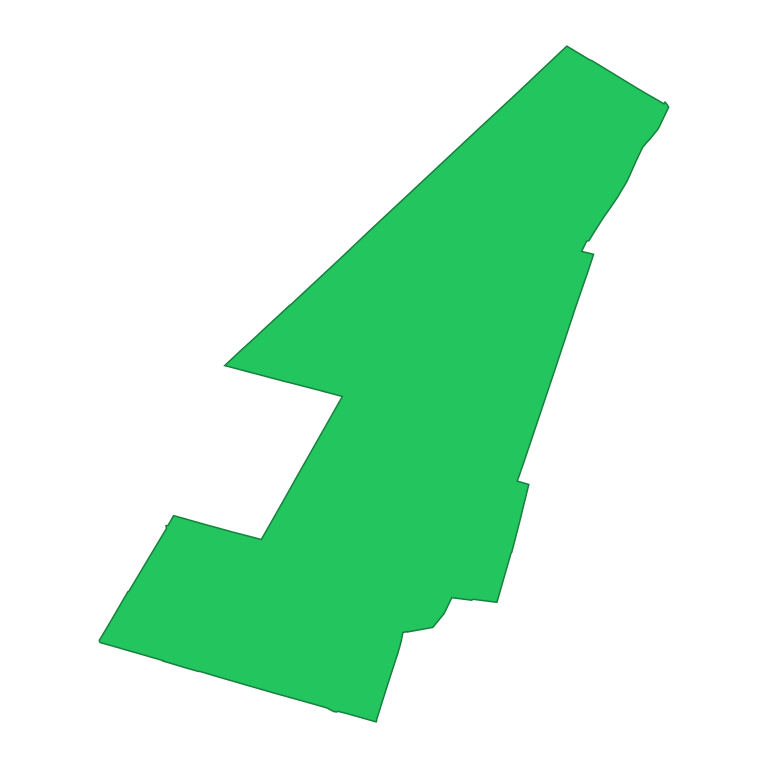 Tufesti, Braila, Romania (Natural Earth projection)
{"feature_id": "2599482B7504990090207", "entity_name": "Tufesti", "entity_type": "district", "adm_level": 2, "iso_a3": "ROU", "parent_name": "Romania", "parent_adm1": "Braila", "projection": "natural_earth1", "projection_center": [27.783, 44.998], "detail": "fine", "context": "isolated", "style": "filled", "palette": "green", "viewbox_px": 768, "rotation_deg": 0, "n_neighbors": 0, "source": "geoboundaries", "source_scale": "gbopen_adm2", "svg_char_len": 2071}
<svg xmlns="http://www.w3.org/2000/svg" viewBox="0 0 768 768"><path d="M100.1,639.0L99.8,639.4L99.5,639.9L99.3,640.8L99.5,641.6L99.9,642.3L100.9,642.8L103.5,643.5L106.7,644.4L131.8,651.6L142.0,654.5L152.6,657.6L163.2,660.6L163.0,661.1L185.9,667.9L197.8,671.3L200.8,671.7L219.5,677.3L248.1,685.6L275.9,693.6L281.0,695.0L313.2,704.0L326.4,707.8L327.6,708.3L329.5,709.4L333.9,711.6L335.0,711.7L336.4,712.0L338.1,711.4L345.0,713.1L376.2,721.9L376.7,720.7L376.5,720.1L383.2,698.7L389.1,680.1L390.8,674.9L396.1,658.5L397.8,653.5L400.3,644.7L401.3,640.9L402.9,632.5L407.2,631.6L407.3,632.0L432.8,627.4L444.1,613.6L451.8,597.7L471.7,600.2L472.3,599.8L473.1,599.3L496.9,602.3L497.0,602.1L511.0,553.3L511.7,552.5L520.1,520.0L523.1,507.6L528.8,484.5L517.3,481.1L518.4,477.8L519.3,475.5L520.8,470.9L523.1,464.5L537.0,423.2L547.3,392.5L553.8,373.2L576.3,305.2L582.2,288.1L588.2,270.9L589.5,266.9L593.6,254.3L592.9,254.1L590.5,253.5L585.3,252.3L581.6,251.4L584.4,245.7L586.6,241.2L588.9,240.7L589.1,240.4L593.3,233.5L602.0,219.8L604.5,216.1L609.5,209.0L614.6,201.6L617.5,197.3L617.9,196.7L619.7,193.6L622.9,188.2L625.4,184.1L626.5,182.1L627.4,180.5L627.7,179.8L628.2,178.7L629.4,176.2L632.7,168.6L633.2,167.6L634.4,164.9L636.2,160.8L637.7,157.7L637.9,157.2L642.7,147.2L647.7,141.4L649.7,139.4L658.0,129.1L658.8,127.7L668.7,107.2L667.3,104.9L666.5,103.8L665.3,102.3L665.0,102.1L663.9,103.8L645.5,93.2L636.9,88.1L621.1,78.5L615.6,75.1L591.8,60.6L589.5,59.8L584.4,56.7L575.7,51.5L566.8,46.1L566.4,46.5L533.0,78.0L516.5,93.6L475.4,131.8L449.2,156.3L432.2,172.2L417.0,186.4L409.2,193.7L370.2,230.1L340.5,258.3L290.5,304.9L290.0,305.0L274.2,319.7L259.1,333.6L258.9,334.0L240.1,351.1L224.7,365.6L284.1,381.3L285.1,381.5L314.6,389.1L342.3,396.5L327.1,423.4L319.9,436.0L319.7,436.4L308.9,455.5L298.3,474.1L286.6,495.0L275.6,514.4L261.3,539.5L231.7,531.8L202.3,523.7L173.6,515.6L168.1,525.3L166.0,525.7L166.5,528.4L147.8,559.6L131.3,587.2L129.2,590.8L128.3,591.4L127.9,591.7L122.7,600.6L109.6,623.1L106.2,628.8L101.8,636.2L100.1,639.0Z" fill="#22c55e" stroke="#15803d" stroke-width="1.5"/></svg>